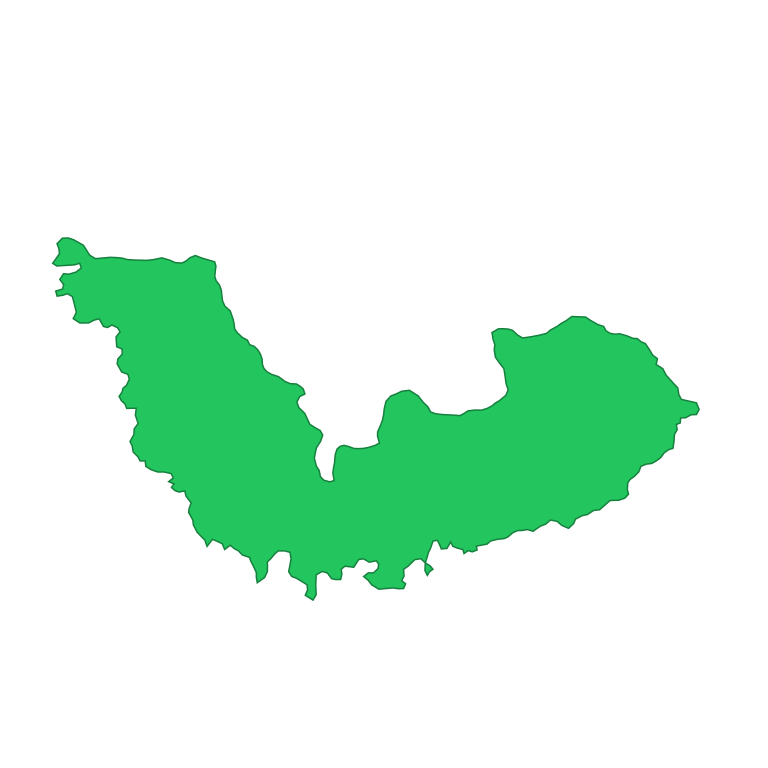 the district of Edealina, Goiás, Brazil, rotated 79°
{"feature_id": "56859067B36713629939806", "entity_name": "Edealina", "entity_type": "district", "adm_level": 2, "iso_a3": "BRA", "parent_name": "Brazil", "parent_adm1": "Goiás", "projection": "orthographic", "projection_center": [-49.745, -17.405], "detail": "fine", "context": "isolated", "style": "filled", "palette": "green", "viewbox_px": 768, "rotation_deg": 79, "n_neighbors": 0, "source": "geoboundaries", "source_scale": "gbopen_adm2", "svg_char_len": 4935}
<svg xmlns="http://www.w3.org/2000/svg" viewBox="0 0 768 768"><g transform="rotate(79 384 384)"><path d="M469.1,79.5L462.1,80.9L458.6,88.8L455.9,95.0L450.6,96.6L443.8,96.4L438.8,99.6L429.1,105.4L422.2,107.4L416.8,113.1L411.3,110.8L407.0,114.7L399.9,117.3L394.1,119.8L391.8,123.4L387.8,126.6L386.7,130.9L383.1,136.3L379.7,143.0L379.2,147.7L377.5,152.2L374.3,155.8L369.4,157.4L366.4,162.8L361.0,169.1L356.7,173.4L355.4,179.1L353.6,186.7L356.7,193.4L358.6,199.1L360.5,203.1L362.7,210.1L365.3,214.8L365.7,221.8L365.7,229.9L365.3,239.1L361.6,243.4L355.8,247.7L353.8,251.5L352.3,257.1L351.7,261.4L354.1,268.2L360.8,268.4L366.6,267.7L371.5,269.3L379.0,269.5L384.2,267.2L391.8,263.4L398.4,263.6L407.0,264.1L413.4,263.2L418.4,266.6L422.5,274.2L424.0,278.5L426.1,282.1L427.6,287.3L428.3,293.2L426.9,299.7L426.4,306.7L428.3,311.3L429.5,315.6L427.6,322.5L426.5,326.9L425.0,333.0L423.1,338.9L420.3,343.6L414.9,345.2L409.4,349.0L402.1,352.8L395.0,360.3L394.5,368.1L396.0,373.7L397.1,379.6L401.4,385.3L408.1,388.4L413.9,390.2L419.2,392.4L423.3,394.9L429.8,399.4L434.0,400.3L441.1,399.8L442.6,404.4L443.3,411.1L443.3,416.3L442.6,421.2L441.6,425.7L438.7,430.5L436.6,434.9L436.9,439.2L439.0,442.6L444.2,445.4L451.9,447.6L455.6,449.1L461.5,451.2L469.3,451.4L469.7,455.9L466.9,461.5L462.8,464.1L456.6,464.1L451.6,466.1L443.3,466.5L433.8,462.6L428.2,457.2L422.5,453.9L417.5,455.5L413.9,459.8L409.4,464.5L397.7,467.4L390.9,472.1L385.1,473.0L380.2,469.1L378.7,463.5L373.5,464.2L370.2,466.8L367.3,469.9L365.8,475.9L362.8,480.5L356.7,486.1L352.9,492.8L349.5,496.7L345.8,498.9L341.7,499.6L336.3,498.9L331.1,499.6L326.3,501.4L322.2,504.3L319.8,508.4L314.9,509.7L311.2,514.2L305.9,518.1L301.4,520.1L296.8,519.7L292.1,519.7L282.9,521.0L277.3,525.3L271.8,526.6L267.7,526.4L260.8,525.8L255.6,526.6L250.5,529.1L246.2,529.6L241.3,528.2L236.3,526.5L231.8,526.9L229.6,531.1L225.6,538.8L221.9,544.7L223.0,550.4L225.3,554.4L226.7,559.1L225.2,565.4L221.3,571.2L217.8,578.0L217.9,586.6L217.4,593.3L215.9,599.8L214.8,605.0L212.8,612.3L210.4,617.2L208.9,622.4L207.4,628.6L206.6,636.6L205.9,643.3L201.4,648.3L190.5,652.6L183.2,661.1L180.4,666.1L179.5,671.9L183.9,678.2L189.0,677.3L194.1,677.7L199.5,683.2L202.3,686.2L205.7,682.7L207.2,671.2L208.0,664.9L207.4,659.7L212.4,659.0L215.4,665.1L216.1,672.3L214.6,677.5L219.5,682.3L225.3,679.5L229.4,681.3L230.2,688.5L235.4,688.1L235.6,682.0L234.9,677.7L238.7,673.2L245.4,672.8L255.0,672.3L260.5,676.6L266.1,670.9L267.7,662.2L266.0,656.3L265.6,651.2L274.0,648.4L275.8,644.6L274.2,639.9L277.8,634.9L282.4,633.1L286.6,638.0L291.7,638.7L296.5,639.2L299.7,634.4L304.7,635.3L308.7,640.5L313.4,642.1L322.2,639.2L325.7,633.5L330.8,633.1L336.2,637.1L338.4,641.0L342.0,642.7L345.6,646.4L350.2,645.0L354.2,642.1L358.9,641.2L359.6,636.4L360.6,631.8L367.1,634.0L375.9,632.9L380.4,637.8L385.8,639.1L392.0,644.3L396.7,643.0L402.9,643.2L408.5,639.4L413.0,638.1L413.9,633.1L419.5,633.5L423.8,628.8L427.2,622.9L428.4,616.7L431.4,609.9L436.0,608.8L438.8,614.0L442.0,609.2L445.0,612.4L448.8,609.5L450.9,605.9L451.0,600.0L456.4,599.7L463.9,596.0L468.7,598.9L472.9,600.3L481.0,597.6L486.0,598.0L493.8,595.7L498.0,593.0L503.1,589.6L509.6,588.7L503.8,582.0L507.0,577.2L510.0,573.2L516.0,572.0L513.0,565.7L517.3,562.1L519.9,558.8L524.9,555.6L528.5,549.2L532.6,548.5L536.7,547.3L540.5,546.3L544.8,545.3L549.5,546.2L554.9,546.3L551.2,538.1L545.9,534.3L540.5,533.1L536.4,532.5L533.9,528.5L529.8,523.5L527.7,519.6L528.9,513.3L531.3,508.4L538.0,508.6L545.1,511.4L550.0,513.4L555.2,511.4L558.2,506.8L562.6,501.9L566.5,497.8L571.5,498.3L576.4,501.6L582.6,494.9L577.9,490.8L568.2,489.3L558.4,487.0L556.2,480.5L558.6,475.7L565.1,472.6L566.8,468.6L567.6,463.8L562.5,461.6L557.7,461.4L555.4,457.1L558.1,448.6L551.5,442.4L551.7,437.5L556.1,432.5L556.1,425.3L559.9,423.6L564.0,425.1L567.4,430.3L566.4,435.5L569.1,440.7L573.6,437.0L578.7,434.5L584.4,428.3L585.3,419.9L585.9,414.1L587.8,408.7L588.5,403.8L584.2,400.9L580.5,404.2L576.4,401.0L569.6,400.1L567.4,395.0L562.3,387.3L562.5,381.2L567.4,377.6L563.0,375.1L558.0,372.6L554.2,369.7L547.6,365.9L547.6,361.4L552.8,360.0L556.9,359.2L557.4,353.6L551.8,348.7L556.5,347.4L559.3,342.9L561.5,338.2L565.7,337.8L563.6,333.2L565.6,329.4L564.7,324.3L560.8,324.3L560.8,319.4L560.8,313.4L558.5,309.4L558.1,302.4L558.7,295.4L557.6,291.2L554.5,285.8L553.4,280.8L554.2,275.8L554.2,271.1L557.0,265.8L555.1,261.5L553.3,257.4L552.5,252.2L549.3,246.5L551.9,240.2L556.7,236.5L560.9,230.4L557.2,224.5L553.2,221.8L551.0,214.4L551.0,209.4L548.1,202.2L548.6,196.4L545.0,190.3L541.5,184.3L542.9,175.7L542.0,169.3L538.8,165.0L534.0,165.3L527.5,163.5L524.6,160.6L522.6,156.1L518.9,150.7L513.8,147.5L512.7,141.6L513.1,136.5L511.7,132.0L509.1,126.5L504.9,121.9L502.7,116.9L502.3,112.6L495.1,110.1L488.9,108.5L484.8,104.9L479.5,104.8L478.8,100.7L473.9,99.3L474.7,94.4L472.8,88.3L473.6,83.1L469.1,79.5ZM567.4,377.6L574.9,379.4L580.1,378.0L576.9,375.1L575.2,371.3L571.5,373.3L567.4,377.6Z" fill="#22c55e" stroke="#15803d" stroke-width="1.5"/></g></svg>